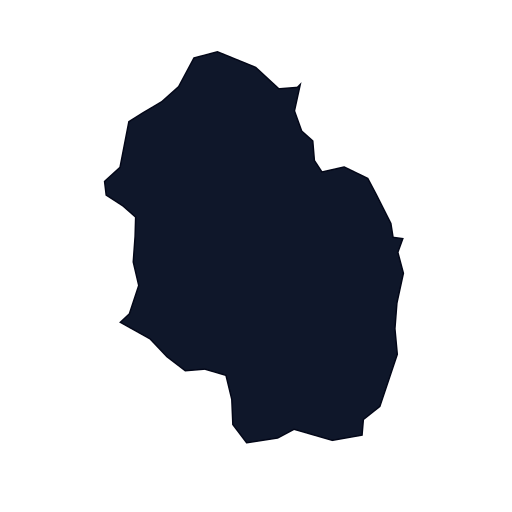 Skinnskatteberg, Västmanland, Sweden, rotated 20°
{"feature_id": "70781695B12351867111175", "entity_name": "Skinnskatteberg", "entity_type": "district", "adm_level": 2, "iso_a3": "SWE", "parent_name": "Sweden", "parent_adm1": "Västmanland", "projection": "mercator", "projection_center": [15.738, 59.815], "detail": "fine", "context": "isolated", "style": "filled", "palette": "ink", "viewbox_px": 512, "rotation_deg": 20, "n_neighbors": 0, "source": "geoboundaries", "source_scale": "gbopen_adm2", "svg_char_len": 783}
<svg xmlns="http://www.w3.org/2000/svg" viewBox="0 0 512 512"><g transform="rotate(20 256 256)"><path d="M90.6,173.2L97.9,219.2L88.2,237.7L94.4,250.0L113.7,254.4L129.6,260.6L135.7,279.0L142.7,303.6L155.9,323.8L156.8,353.7L151.2,364.7L184.8,370.1L206.8,381.1L228.8,388.0L246.6,379.8L268.6,378.4L282.3,399.0L291.9,422.3L311.1,434.7L338.6,419.6L351.0,405.8L390.8,403.1L416.9,388.0L416.7,387.3L412.8,372.9L423.8,355.0L422.4,300.1L411.4,276.8L404.5,252.0L400.4,221.8L388.0,204.0L388.0,189.5L378.4,191.6L371.6,179.3L348.2,157.3L334.5,144.9L308.4,142.2L289.2,154.5L278.2,146.3L270.0,128.5L256.2,123.0L242.5,106.5L238.9,79.7L237.2,83.4L220.3,91.1L191.2,78.9L149.9,77.3L130.0,91.1L125.4,123.3L114.7,143.2L100.9,160.0L90.6,173.2Z" fill="#0f172a" stroke="#020617" stroke-width="1.5"/></g></svg>